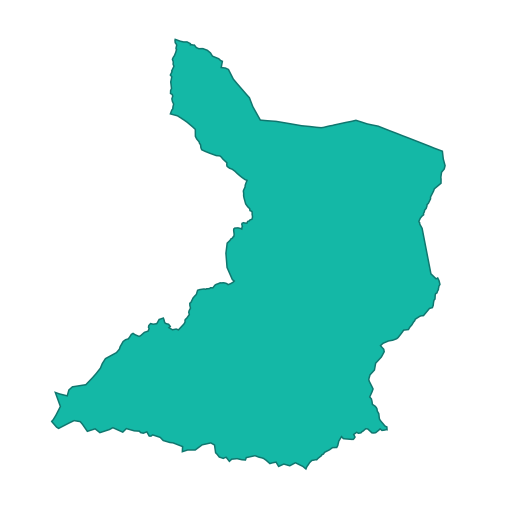 Mixistlán de la Reforma, Oaxaca, Mexico (Albers equal-area conic projection), rotated 6°
{"feature_id": "50627088B94921527190935", "entity_name": "Mixistlán de la Reforma", "entity_type": "district", "adm_level": 2, "iso_a3": "MEX", "parent_name": "Mexico", "parent_adm1": "Oaxaca", "projection": "albers", "projection_center": [-96.11, 17.173], "detail": "fine", "context": "isolated", "style": "filled", "palette": "teal", "viewbox_px": 512, "rotation_deg": 6, "n_neighbors": 0, "source": "geoboundaries", "source_scale": "gbopen_adm2", "svg_char_len": 5622}
<svg xmlns="http://www.w3.org/2000/svg" viewBox="0 0 512 512"><g transform="rotate(6 256 256)"><path d="M77.7,448.1L87.3,441.8L92.3,438.7L98.5,439.1L101.0,441.5L106.6,448.0L114.1,444.7L119.2,448.0L128.4,443.9L131.6,441.7L141.9,445.1L145.1,441.2L153.2,442.6L158.3,442.4L159.7,443.7L162.5,444.0L165.8,442.3L168.6,446.2L170.4,446.1L171.9,444.7L179.7,446.4L183.0,449.2L189.9,450.5L193.0,450.5L202.9,453.2L203.2,458.3L208.2,456.1L215.8,455.3L222.2,449.4L230.6,446.6L234.5,448.3L236.4,455.9L238.1,457.3L240.5,459.8L244.7,460.7L245.7,460.0L247.4,459.3L251.0,463.0L253.1,460.6L258.4,459.5L263.2,460.1L266.8,460.0L267.4,457.5L275.9,454.7L280.1,455.8L282.7,456.1L284.6,456.5L287.3,458.0L291.5,461.0L293.6,460.1L297.5,458.9L300.5,462.9L305.4,460.0L311.5,461.1L316.8,457.5L324.7,460.4L327.9,462.6L328.6,460.2L329.7,458.3L330.9,455.9L332.9,453.5L335.0,452.9L336.4,452.4L337.7,452.3L338.7,450.9L340.3,449.3L341.9,447.8L342.3,446.7L343.8,445.9L344.7,444.1L349.3,441.1L352.1,438.6L356.3,438.0L357.1,436.0L357.7,431.4L359.9,426.7L362.0,428.5L364.2,428.5L369.0,428.4L370.3,428.4L371.9,428.2L372.6,427.3L373.4,425.7L371.8,423.3L374.5,420.8L376.4,421.6L378.8,420.9L379.9,419.5L380.7,419.0L383.2,416.3L385.2,416.3L389.8,419.8L391.7,419.7L393.5,419.2L396.4,416.3L397.5,415.0L399.5,416.3L402.0,415.7L403.6,415.1L404.5,415.1L404.0,412.3L403.0,412.0L401.9,411.5L400.1,409.7L397.6,407.4L395.9,405.4L395.4,403.7L394.6,400.0L392.8,397.5L392.3,395.4L391.5,394.2L390.3,393.0L387.3,391.4L386.6,388.6L385.7,386.1L383.8,384.3L385.6,378.9L386.3,376.0L385.1,374.0L381.8,368.9L381.0,366.9L381.8,362.3L385.7,357.0L386.2,350.1L391.2,343.4L392.1,341.3L393.5,337.8L392.8,335.4L390.4,333.3L389.2,332.1L391.5,329.5L396.7,326.6L400.7,325.5L404.5,323.6L405.8,322.3L407.9,319.0L409.8,315.8L410.6,314.3L415.3,313.2L416.3,310.9L418.2,308.2L419.6,305.2L420.6,303.8L421.0,302.2L425.0,299.0L426.2,298.3L428.8,297.8L434.0,290.0L436.8,288.9L437.4,286.6L437.4,284.1L437.6,281.4L438.5,280.1L438.3,276.1L438.6,274.6L439.8,273.8L440.2,271.9L440.9,270.4L440.8,269.3L441.0,268.5L441.0,267.1L441.9,265.0L440.6,261.4L439.0,258.9L438.4,259.4L437.4,259.8L431.8,255.4L418.3,211.1L415.4,207.0L415.4,206.0L414.4,204.8L414.6,203.7L415.5,201.1L417.0,198.9L418.4,197.5L418.1,196.1L418.8,194.5L418.9,192.8L420.2,191.0L420.7,188.8L420.8,186.9L421.9,185.6L423.6,180.9L423.4,179.1L425.8,172.8L426.3,170.6L432.4,164.3L432.0,160.2L431.6,158.4L431.8,153.3L434.1,149.8L434.6,146.4L432.1,139.9L430.4,132.3L421.5,130.0L418.2,129.0L407.7,126.1L402.6,124.7L394.2,122.4L388.5,120.9L383.6,119.5L375.3,117.3L363.9,114.1L357.3,113.5L352.7,113.0L347.1,111.8L341.2,110.6L336.7,112.2L331.0,113.9L324.1,116.2L319.8,117.6L318.7,118.1L315.4,119.0L312.3,120.1L309.9,121.0L307.5,121.6L302.9,121.7L295.4,121.6L287.9,121.7L274.7,120.8L261.9,120.0L253.1,120.3L246.1,120.4L237.2,107.8L232.9,99.3L229.8,96.5L219.0,86.4L214.9,82.4L212.4,78.5L209.1,73.4L206.0,72.3L201.7,72.2L202.2,65.9L200.4,65.3L198.3,63.7L191.8,61.8L189.5,58.8L186.1,56.5L181.5,55.3L177.4,55.8L174.8,54.9L172.7,52.7L171.7,52.8L170.1,52.6L168.7,52.8L168.6,51.7L165.0,50.3L161.7,50.7L160.2,50.5L158.3,50.3L153.0,49.0L152.9,50.0L153.4,52.4L154.2,53.1L155.1,54.6L154.7,57.7L154.9,58.4L155.4,58.7L154.9,61.8L153.9,65.3L152.9,67.2L152.3,69.1L152.7,70.1L153.1,70.6L153.5,72.2L153.5,73.9L154.5,75.8L154.4,76.3L152.8,80.8L153.2,81.5L151.9,85.0L153.5,86.5L153.3,89.1L153.0,91.8L154.5,98.3L153.8,100.2L154.0,103.3L155.8,104.1L156.5,105.7L155.9,108.5L156.7,111.0L158.2,113.5L157.8,116.5L157.9,118.3L157.0,119.7L156.0,123.6L163.3,124.8L170.4,128.4L173.6,130.2L179.5,134.2L182.4,136.4L182.7,139.0L183.2,143.3L184.8,145.8L187.5,148.4L188.0,149.8L189.2,151.1L189.9,154.1L190.9,156.0L194.6,157.3L199.2,158.6L206.0,160.3L209.5,160.2L211.0,161.1L213.2,163.3L216.6,165.8L217.3,166.3L217.4,168.5L217.9,169.9L219.4,170.8L220.6,171.5L223.3,172.2L226.2,173.9L228.7,175.9L231.6,177.9L233.8,179.3L237.2,181.2L239.2,181.7L238.4,184.5L237.9,186.6L237.9,188.6L237.0,191.2L236.6,192.7L236.8,193.5L237.2,195.1L237.4,197.4L238.1,199.7L240.3,205.3L242.6,207.9L244.8,209.6L245.3,211.5L246.8,211.9L247.4,212.4L247.8,213.9L247.7,214.7L248.0,215.6L248.4,217.2L248.4,218.1L248.2,219.8L246.2,220.8L245.5,221.9L244.1,222.5L243.5,224.3L241.6,224.4L240.0,224.2L238.7,225.0L238.6,226.2L239.4,228.0L239.1,228.4L239.0,230.7L237.9,230.3L235.1,229.9L231.9,230.5L231.1,231.4L231.1,232.8L231.6,235.0L232.0,236.7L231.9,239.0L231.2,239.4L230.7,240.7L229.3,241.6L228.6,243.1L226.0,246.2L225.8,256.4L228.4,270.4L235.0,282.0L237.0,283.2L235.9,284.5L233.6,286.2L231.2,287.4L229.8,286.5L228.5,286.2L226.5,286.0L226.1,286.1L225.4,286.2L223.8,286.5L223.2,286.4L222.0,287.1L220.9,287.7L219.5,288.3L218.3,289.2L216.4,292.2L214.2,292.3L213.0,293.3L211.5,293.6L210.1,293.8L209.4,294.4L207.8,294.2L203.5,295.3L201.5,296.2L200.7,300.4L199.2,302.3L197.8,304.3L196.1,309.0L195.1,309.9L195.4,312.1L196.3,314.7L195.3,317.2L195.0,319.0L195.8,321.2L193.6,325.1L192.4,326.4L192.1,327.2L192.3,328.8L192.2,329.5L191.4,331.2L186.6,337.6L184.3,337.0L180.6,338.1L176.9,336.4L178.1,335.0L176.2,333.0L174.6,332.8L172.9,332.4L172.0,331.4L171.1,328.9L170.3,327.4L167.1,328.9L166.3,329.2L165.6,330.9L165.1,332.2L164.3,333.7L160.9,334.6L158.2,334.2L156.7,336.3L156.5,338.1L157.3,339.4L156.5,342.0L153.0,343.6L149.6,347.3L148.1,348.2L143.9,346.9L141.8,345.8L140.2,347.0L138.8,349.9L137.6,351.8L135.0,352.9L132.8,354.9L131.5,357.9L130.4,360.3L129.9,362.9L127.3,366.7L117.0,373.8L114.4,379.0L113.0,383.8L109.2,389.8L106.1,394.2L100.2,401.8L87.1,405.3L83.9,408.8L82.9,414.8L74.9,413.7L70.7,412.7L77.2,426.1L73.7,435.2L71.4,440.1L70.1,441.8L70.7,442.5L75.5,447.0L77.7,448.1Z" fill="#14b8a6" stroke="#0f766e" stroke-width="1.5"/></g></svg>